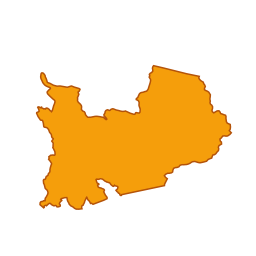 the district of Barreirinha, Amazonas, Brazil, rotated 259°
{"feature_id": "56859067B80931360184999", "entity_name": "Barreirinha", "entity_type": "district", "adm_level": 2, "iso_a3": "BRA", "parent_name": "Brazil", "parent_adm1": "Amazonas", "projection": "albers", "projection_center": [-57.163, -3.133], "detail": "fine", "context": "isolated", "style": "filled", "palette": "amber", "viewbox_px": 256, "rotation_deg": 259, "n_neighbors": 0, "source": "geoboundaries", "source_scale": "gbopen_adm2", "svg_char_len": 5656}
<svg xmlns="http://www.w3.org/2000/svg" viewBox="0 0 256 256"><g transform="rotate(259 128 128)"><path d="M184.3,165.0L183.4,164.1L182.1,163.4L181.0,163.4L179.1,163.2L178.2,162.1L177.9,161.6L177.5,160.3L176.6,159.2L174.9,159.3L174.6,158.9L173.8,158.5L171.5,159.4L170.1,159.2L168.2,158.4L162.1,155.1L160.6,153.3L160.5,151.1L160.2,149.7L160.3,148.6L160.2,147.3L159.9,146.6L159.6,146.0L159.1,145.5L157.0,144.0L156.4,143.7L155.9,143.0L155.3,141.9L154.9,141.6L154.3,141.5L153.2,143.0L152.6,143.4L152.1,143.6L150.7,143.8L149.1,143.3L148.0,143.1L146.9,143.2L144.3,143.6L142.6,143.2L141.3,142.8L140.6,142.0L140.8,140.8L141.6,138.9L141.4,138.3L140.3,137.5L140.2,136.9L140.4,136.2L142.1,133.0L145.2,128.7L145.1,128.1L145.1,127.3L145.3,125.8L145.6,124.9L146.3,123.3L146.7,122.7L147.9,119.9L149.5,117.4L149.8,116.6L149.7,115.5L149.5,114.7L149.0,114.1L148.7,113.4L148.9,112.8L149.6,111.8L149.8,111.3L149.7,110.6L149.4,109.7L148.6,108.8L147.1,108.2L145.5,106.8L144.6,107.0L141.4,108.8L140.6,108.8L140.4,108.1L141.6,107.0L143.4,105.8L143.4,105.1L144.5,102.5L145.4,99.8L145.7,98.0L145.7,93.4L146.2,90.6L147.6,89.6L149.3,88.8L150.8,88.8L152.2,88.3L153.4,86.7L155.1,85.8L157.6,86.5L158.8,86.5L160.3,85.9L162.8,84.1L164.4,83.6L165.7,84.0L167.7,84.3L168.7,85.1L170.5,86.2L172.1,85.8L172.8,85.9L173.6,87.3L175.2,88.3L176.1,87.5L178.4,83.1L180.0,80.6L180.0,79.6L179.7,77.6L179.6,76.1L180.6,73.6L182.2,69.3L182.6,66.3L184.2,63.0L186.8,59.8L187.6,58.3L188.3,57.5L190.8,57.3L192.6,57.0L193.8,56.6L195.5,56.6L196.1,56.3L197.2,55.8L197.9,55.4L198.2,54.9L198.5,54.3L198.5,53.6L197.8,53.0L194.8,52.0L193.0,52.0L191.2,52.5L188.9,53.0L187.8,53.5L186.2,54.4L185.2,55.3L184.1,56.7L182.4,59.3L181.7,59.4L181.1,58.8L180.3,57.3L178.8,55.5L178.1,55.4L176.9,55.6L174.7,57.0L170.7,59.9L169.3,61.1L168.6,61.4L167.5,61.3L165.4,60.2L164.3,59.4L159.5,57.0L158.6,56.0L159.4,55.6L159.8,55.0L160.5,54.5L161.2,54.3L161.7,53.8L162.2,53.3L162.7,52.9L162.9,52.3L163.2,51.5L162.4,50.7L162.8,49.8L162.9,48.8L163.4,48.4L163.7,48.0L163.9,47.4L164.4,47.1L165.0,47.1L164.9,46.4L164.6,45.8L165.6,44.8L165.9,43.8L165.3,43.3L164.8,43.6L163.3,43.9L161.5,44.0L161.0,43.3L160.6,41.4L160.0,41.1L159.1,41.3L156.4,41.9L152.7,43.5L152.2,44.1L152.1,44.9L151.7,45.5L150.7,45.7L148.6,45.8L145.7,45.6L144.9,45.9L144.5,46.8L144.2,47.6L143.9,48.2L143.3,48.8L142.1,49.5L141.3,49.8L138.8,50.2L136.5,51.4L135.8,51.5L133.9,51.4L133.0,51.7L132.5,52.0L131.9,52.6L131.0,52.2L130.6,51.6L130.0,50.9L129.3,50.7L128.5,51.3L127.7,51.6L127.0,51.6L125.3,51.1L124.7,51.1L124.0,50.9L123.4,50.5L122.7,50.6L120.9,51.2L120.2,51.3L119.3,51.6L118.4,51.7L117.4,51.6L115.9,51.3L115.3,50.8L115.3,50.1L115.8,49.4L116.0,46.7L115.6,46.2L114.9,44.8L113.3,44.8L112.5,44.1L111.6,44.5L111.1,44.9L108.0,46.2L107.0,46.0L106.4,45.5L103.7,44.1L102.4,43.6L101.6,43.3L100.9,43.3L99.9,42.9L99.4,42.5L98.4,41.2L97.9,40.9L96.8,40.4L96.5,39.9L96.1,38.6L95.6,38.2L93.9,37.4L93.4,36.7L93.6,35.8L93.3,35.3L92.7,34.9L91.9,34.8L89.8,34.6L88.4,35.0L84.7,35.2L84.2,35.4L82.5,36.7L81.8,36.9L80.8,37.1L79.5,37.1L78.0,36.3L75.3,34.0L75.0,33.5L73.8,33.0L73.0,33.0L72.4,32.6L72.7,32.1L72.7,31.3L72.2,30.1L72.3,29.4L72.3,28.6L71.9,28.0L71.4,27.5L69.5,27.0L65.7,30.0L66.2,30.7L67.0,30.6L67.4,30.9L67.7,31.5L67.8,32.4L67.2,33.1L68.7,35.5L69.0,36.5L68.9,37.1L68.5,37.6L67.6,38.1L67.1,38.6L65.9,40.1L65.7,40.8L65.8,41.9L65.6,42.5L65.0,42.9L64.2,43.2L63.9,44.2L64.0,45.8L64.3,46.6L65.2,46.8L65.9,46.6L66.3,46.2L66.9,46.2L67.9,46.9L68.8,48.0L69.2,48.8L69.5,49.2L70.2,48.9L70.7,48.3L71.1,48.6L71.4,49.2L71.7,52.7L71.5,53.5L71.4,54.6L70.7,54.8L69.2,54.7L67.9,54.8L65.2,55.7L64.5,55.7L63.4,56.4L62.5,57.0L61.1,58.8L59.3,60.3L58.3,61.6L57.7,64.3L57.5,67.4L58.6,67.3L59.7,67.6L60.3,67.9L60.7,68.5L60.7,69.1L61.1,69.5L61.7,69.8L63.0,70.9L64.8,71.8L66.2,72.9L67.4,73.7L67.9,74.3L67.3,74.5L65.9,74.7L64.5,75.3L64.1,75.8L63.4,76.1L62.0,76.6L61.1,76.8L61.2,77.5L60.9,78.0L59.8,79.1L61.7,90.4L62.6,93.9L63.4,94.2L64.2,94.1L66.4,93.0L68.8,92.3L70.0,92.0L70.8,92.6L71.5,93.0L72.3,92.7L72.9,92.1L73.4,91.1L74.0,90.5L75.2,88.0L75.8,87.5L77.2,87.3L77.8,87.3L78.1,87.9L78.1,88.6L78.9,88.6L79.7,87.4L80.3,87.1L82.0,86.9L83.5,86.8L83.8,87.3L83.6,87.9L83.5,88.5L83.2,89.5L83.5,91.1L83.3,91.8L82.6,93.3L80.0,95.5L79.6,96.3L79.0,96.8L78.7,97.7L78.1,98.5L77.9,99.3L77.2,99.8L75.7,100.4L74.2,101.6L73.6,102.2L73.5,102.8L74.0,103.3L74.4,103.8L73.8,104.2L72.9,106.1L72.5,106.7L71.7,106.8L70.9,106.4L69.9,105.7L69.2,104.3L67.9,104.9L66.6,106.0L66.0,106.1L65.6,106.6L65.2,107.2L63.9,107.3L63.2,107.8L63.1,108.7L63.8,109.1L63.8,109.6L64.5,152.8L65.9,153.2L70.7,156.9L72.3,155.5L74.2,154.6L75.4,156.1L76.0,158.2L75.7,159.8L75.7,162.1L76.3,163.4L78.0,164.0L79.7,165.1L80.1,167.1L79.9,168.5L80.2,170.5L81.5,172.0L81.7,174.1L81.4,175.2L81.0,178.5L81.1,180.1L81.5,182.0L82.1,183.3L82.6,184.8L82.4,187.3L80.7,190.4L80.1,192.1L80.1,194.1L80.2,196.2L80.4,198.8L81.8,200.6L82.3,202.8L82.5,204.4L84.3,205.4L85.4,206.3L85.3,207.8L86.0,209.3L87.5,210.9L88.5,212.4L90.2,213.1L91.9,213.0L93.4,214.0L94.4,216.8L96.4,217.0L97.5,216.1L99.6,216.1L100.5,217.8L102.0,219.4L101.9,221.2L101.3,222.7L101.2,224.3L102.2,226.7L103.6,228.5L106.1,226.9L107.3,228.1L109.5,228.8L112.0,229.0L112.8,227.8L113.8,226.4L115.4,225.8L119.0,226.0L120.5,226.4L121.9,226.2L122.7,224.7L123.6,223.4L124.5,221.7L126.1,221.4L127.5,220.6L127.8,218.8L126.5,215.1L127.9,213.9L129.5,213.8L130.8,214.6L132.7,215.1L134.4,214.6L135.7,213.5L137.2,213.3L138.6,213.9L140.8,213.9L143.1,214.7L144.9,215.2L147.8,214.1L149.0,212.9L150.0,211.4L151.0,210.4L152.5,210.7L153.9,211.8L155.6,211.5L157.1,210.8L158.7,210.6L159.6,209.5L160.6,208.5L162.1,207.5L163.6,207.0L165.1,207.8L170.1,195.8L180.0,174.6L184.3,165.0Z" fill="#f59e0b" stroke="#b45309" stroke-width="1.5"/></g></svg>